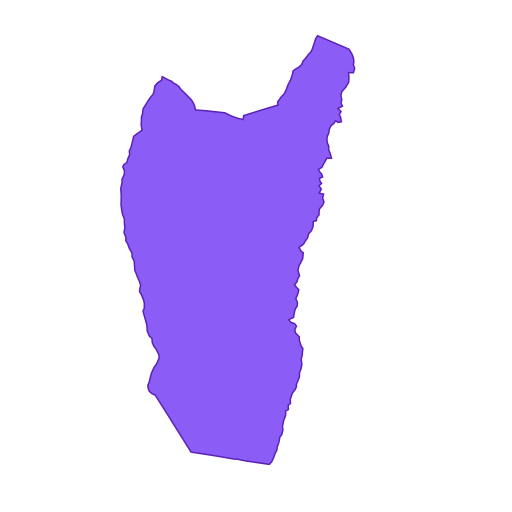 outline of Cianorte, Paraná, Brazil, rotated 351°
{"feature_id": "56859067B27297856655617", "entity_name": "Cianorte", "entity_type": "district", "adm_level": 2, "iso_a3": "BRA", "parent_name": "Brazil", "parent_adm1": "Paraná", "projection": "albers", "projection_center": [-52.604, -23.737], "detail": "fine", "context": "isolated", "style": "filled", "palette": "violet", "viewbox_px": 512, "rotation_deg": 351, "n_neighbors": 0, "source": "geoboundaries", "source_scale": "gbopen_adm2", "svg_char_len": 3161}
<svg xmlns="http://www.w3.org/2000/svg" viewBox="0 0 512 512"><g transform="rotate(351 256 256)"><path d="M301.7,265.9L303.2,260.2L301.0,257.9L299.9,254.0L302.5,253.0L304.8,251.7L307.2,248.8L309.7,246.2L311.6,242.1L314.2,240.2L315.9,237.8L317.2,235.2L317.9,230.9L321.1,230.6L322.1,227.6L324.7,225.2L325.1,222.5L326.1,219.4L329.5,216.6L331.6,213.4L330.9,209.2L332.4,205.5L328.2,203.7L331.0,200.2L329.2,196.5L332.1,194.6L330.9,192.0L330.8,189.1L334.1,188.5L333.8,185.5L332.2,183.2L331.3,180.1L334.9,178.8L337.7,174.9L341.4,170.5L345.8,171.3L345.4,166.4L344.4,162.4L345.0,159.0L344.2,155.6L344.3,151.8L345.2,148.7L346.8,146.6L348.2,142.3L350.5,139.0L353.5,137.4L355.9,134.8L357.8,136.9L361.3,136.8L361.3,132.2L360.4,129.3L362.6,126.7L360.1,122.9L364.8,121.6L363.9,118.2L365.2,115.0L364.9,110.9L366.5,107.1L371.2,103.2L374.7,98.9L375.8,93.9L376.1,89.4L380.9,90.2L382.8,86.2L382.1,82.4L383.0,79.7L383.2,75.9L382.4,71.6L380.2,66.3L351.3,48.1L348.9,50.7L346.6,55.3L344.4,59.6L342.6,62.6L338.9,65.5L336.2,68.2L333.2,70.6L330.9,74.2L327.8,76.2L325.2,77.2L321.6,79.0L320.4,82.3L317.9,87.2L314.6,91.6L311.6,96.9L309.2,100.3L305.9,102.7L301.4,107.3L301.2,110.4L285.5,112.5L265.8,115.4L264.6,119.2L259.9,117.3L255.3,114.9L253.1,113.5L250.7,111.9L247.7,109.7L229.3,104.7L219.0,102.3L218.9,98.7L218.2,95.5L216.8,92.0L211.7,84.7L207.6,79.3L206.5,76.7L203.8,73.9L201.7,72.4L200.0,70.2L197.3,68.6L191.4,64.2L190.2,67.7L186.0,69.4L182.7,72.2L181.0,77.5L179.6,80.2L177.0,82.4L174.0,85.5L167.5,93.0L166.1,97.9L164.6,100.8L163.9,104.7L163.1,108.6L163.1,114.0L158.8,116.0L153.9,118.7L151.2,125.3L149.4,129.4L147.3,132.4L147.1,136.0L144.6,139.9L143.1,143.5L140.0,144.9L138.4,147.1L139.4,151.3L138.7,154.7L135.6,159.4L135.3,162.2L133.9,165.8L132.9,168.6L132.6,172.5L132.1,176.9L130.7,184.1L130.5,191.1L130.9,195.1L131.8,198.8L131.2,202.1L130.9,207.6L129.3,212.2L130.4,217.1L129.8,220.6L131.1,223.7L132.1,228.8L133.9,233.6L133.5,237.7L134.9,241.9L134.1,250.8L134.9,254.7L135.8,258.9L136.9,262.8L137.5,266.8L136.2,270.0L135.4,272.8L136.8,276.6L138.1,281.8L138.3,285.0L137.5,290.2L135.8,292.7L136.1,295.9L136.7,300.9L137.4,307.6L136.8,313.2L138.2,318.6L140.3,321.1L140.0,325.5L141.1,329.4L142.7,332.3L144.7,338.6L144.2,341.9L140.7,347.3L137.8,350.1L134.1,355.9L130.5,364.4L128.9,366.7L128.8,369.9L129.5,373.0L131.5,375.5L134.7,377.7L145.6,402.8L146.7,405.6L161.2,439.5L185.4,447.3L203.1,453.3L205.7,453.7L209.2,455.1L215.3,457.3L236.6,463.9L239.6,461.4L242.2,457.3L243.8,454.2L246.1,451.3L247.1,447.9L249.4,443.8L251.2,438.6L253.5,436.4L255.3,432.4L255.5,428.6L257.5,423.0L260.4,417.9L261.0,413.8L264.0,412.7L264.4,408.6L267.0,407.0L267.5,402.9L270.3,397.3L273.9,393.9L275.4,391.6L276.0,388.6L277.7,386.1L279.9,382.4L280.8,377.9L282.8,374.6L284.3,370.4L284.6,364.7L286.0,361.6L287.8,354.7L286.5,351.9L286.0,348.7L285.6,345.8L286.1,342.6L283.1,338.4L282.7,335.1L285.0,331.6L283.5,328.8L279.9,326.8L278.4,324.1L281.0,323.2L283.5,322.6L284.6,319.1L286.3,314.8L288.8,311.9L289.7,308.3L288.6,304.4L291.2,300.3L293.0,296.0L291.2,293.5L289.6,290.4L292.4,288.0L293.9,284.7L295.9,282.3L295.2,276.6L297.1,272.1L299.0,269.8L301.7,265.9Z" fill="#8b5cf6" stroke="#5b21b6" stroke-width="1.5"/></g></svg>